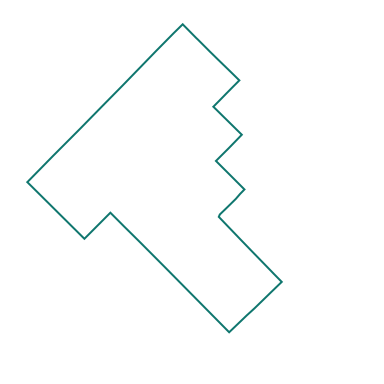 Will, Illinois, United States of America (Robinson projection), rotated 46°
{"feature_id": "52423323B88111597470225", "entity_name": "Will", "entity_type": "district", "adm_level": 2, "iso_a3": "USA", "parent_name": "United States of America", "parent_adm1": "Illinois", "projection": "robinson", "projection_center": [-87.929, 41.465], "detail": "fine", "context": "isolated", "style": "outline", "palette": "teal", "viewbox_px": 384, "rotation_deg": 46, "n_neighbors": 0, "source": "geoboundaries", "source_scale": "gbopen_adm2", "svg_char_len": 728}
<svg xmlns="http://www.w3.org/2000/svg" viewBox="0 0 384 384"><g transform="rotate(46 192 192)"><path d="M67.8,192.9L67.8,193.0L68.3,211.5L68.8,229.9L69.5,266.8L70.5,303.6L150.9,301.9L150.2,265.1L169.5,264.8L190.5,264.3L229.5,263.7L318.7,262.7L318.8,238.3L319.1,227.7L319.0,204.5L319.0,196.9L319.0,189.9L307.8,190.0L301.2,190.0L274.9,190.1L274.6,190.1L259.2,190.1L228.5,190.0L227.5,187.6L227.5,177.7L227.4,165.4L226.8,158.8L226.6,152.5L219.9,152.6L186.3,153.2L186.0,134.8L185.4,116.4L145.5,117.4L145.2,105.4L145.0,98.9L144.8,90.5L144.6,80.4L133.2,80.7L114.6,81.3L103.9,81.6L86.0,81.9L83.9,82.0L64.9,82.2L65.0,94.4L65.6,119.6L66.2,137.7L66.8,156.1L67.2,168.5L67.8,192.9Z" fill="none" stroke="#0f766e" stroke-width="2"/></g></svg>